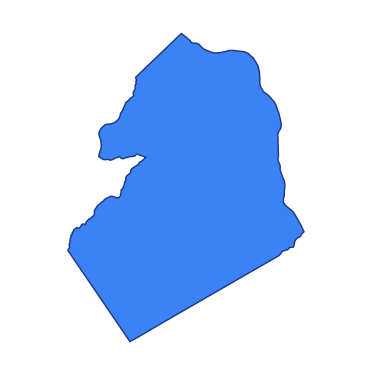 Piçarra, Pará, Brazil (orthographic projection), rotated 277°
{"feature_id": "56859067B84152157059317", "entity_name": "Piçarra", "entity_type": "district", "adm_level": 2, "iso_a3": "BRA", "parent_name": "Brazil", "parent_adm1": "Pará", "projection": "orthographic", "projection_center": [-48.935, -6.553], "detail": "fine", "context": "isolated", "style": "filled", "palette": "blue", "viewbox_px": 384, "rotation_deg": 277, "n_neighbors": 0, "source": "geoboundaries", "source_scale": "gbopen_adm2", "svg_char_len": 3053}
<svg xmlns="http://www.w3.org/2000/svg" viewBox="0 0 384 384"><g transform="rotate(277 192 192)"><path d="M36.0,148.6L41.1,155.7L59.3,179.5L89.7,219.9L108.9,245.4L139.7,286.3L142.0,287.8L144.1,288.8L145.6,291.7L146.3,293.9L148.8,295.8L149.8,299.5L152.8,299.9L154.9,299.9L157.2,300.7L158.8,301.9L159.9,302.4L160.0,303.6L160.7,304.6L164.4,306.5L166.2,308.0L172.7,303.9L174.8,302.3L182.0,297.0L184.8,294.7L187.0,291.2L188.0,289.6L189.8,286.8L192.3,284.3L195.8,283.5L199.2,284.0L202.8,283.6L208.4,283.5L210.6,283.2L213.8,282.5L215.9,281.4L219.4,279.2L220.8,278.6L223.4,277.3L225.8,276.6L227.7,276.5L229.5,276.0L233.6,273.6L235.4,273.2L238.7,273.4L244.5,272.4L248.5,271.9L250.6,271.4L252.9,271.2L258.2,270.3L260.1,270.0L262.0,270.5L263.2,271.0L266.0,272.3L268.8,272.5L270.3,272.2L273.2,271.4L281.8,268.2L282.8,267.4L288.3,264.8L291.1,263.0L296.4,257.1L297.9,255.1L299.6,251.7L300.9,250.1L302.0,249.5L303.9,247.8L307.0,246.4L309.5,245.8L312.3,245.6L319.6,244.2L323.9,242.6L325.5,241.9L328.0,240.1L330.1,238.3L332.4,236.6L334.6,233.3L335.6,232.0L336.4,230.9L336.9,229.2L337.7,226.6L337.5,225.3L337.5,215.0L336.9,211.3L336.1,209.5L335.6,208.4L334.0,203.9L333.6,202.3L333.3,200.5L332.7,198.3L332.9,195.7L333.2,193.6L334.3,189.4L335.3,186.4L336.6,184.3L337.4,183.4L338.3,182.1L339.6,180.7L340.3,178.1L339.9,176.1L340.0,174.6L340.3,173.5L340.9,172.4L342.1,171.6L342.8,170.4L343.5,169.1L344.4,168.2L345.7,165.8L346.9,164.0L348.0,162.1L307.1,128.7L299.0,122.1L296.3,123.3L294.3,122.9L292.5,123.4L291.0,122.6L287.4,123.1L284.5,121.7L282.8,121.6L280.4,122.3L279.4,121.6L277.5,119.4L275.3,117.9L272.6,115.4L269.3,114.6L267.7,113.9L264.6,113.2L261.7,111.7L256.5,110.8L255.1,110.0L253.4,108.6L251.7,106.9L249.8,103.5L249.1,100.7L248.9,99.1L248.0,97.5L245.3,95.0L243.3,93.7L239.9,92.6L238.7,92.5L237.4,92.8L235.2,93.6L234.0,94.4L230.3,95.7L226.4,96.4L224.1,96.4L220.4,95.6L216.8,95.1L215.2,95.7L215.0,96.9L213.6,99.6L213.4,101.4L214.2,104.7L213.6,107.0L214.8,109.7L216.3,111.7L216.9,112.8L217.1,113.9L218.1,114.7L217.8,116.5L216.6,118.1L216.8,120.2L217.8,121.5L218.2,123.0L219.4,125.3L219.6,126.9L220.6,130.6L222.3,132.0L222.9,133.1L220.9,142.0L219.2,140.5L218.0,139.7L216.8,138.5L214.7,135.9L213.3,135.8L211.6,133.9L210.4,132.7L209.9,131.7L208.3,130.0L207.2,129.1L205.7,128.6L203.8,128.7L201.7,127.1L200.8,125.8L199.2,124.8L197.4,124.5L195.5,124.9L194.3,124.1L191.8,123.9L190.6,123.9L189.0,123.4L187.4,122.9L186.1,122.1L185.2,121.4L183.6,121.7L180.5,121.4L179.1,121.3L177.6,120.1L176.8,117.8L177.7,115.8L178.0,112.7L177.3,110.8L176.2,109.4L175.5,108.1L173.6,105.9L172.3,105.3L171.4,104.2L167.3,100.3L165.9,99.5L163.5,98.2L162.4,97.7L160.7,97.4L158.9,97.8L156.5,97.4L155.2,95.8L153.4,94.5L152.7,93.1L151.6,92.2L148.9,90.5L146.7,90.0L147.0,88.3L146.6,86.8L144.2,85.6L142.5,84.6L142.2,83.4L142.6,81.9L141.2,80.5L140.0,79.2L138.6,79.1L136.8,78.0L135.5,78.3L134.4,77.2L132.3,77.2L130.3,76.9L128.4,76.9L126.9,76.9L125.8,76.7L124.6,76.5L122.4,77.3L120.1,76.3L118.8,76.0L107.5,85.9L79.8,110.2L75.5,114.0L36.0,148.6Z" fill="#3b82f6" stroke="#1e3a8a" stroke-width="1.5"/></g></svg>